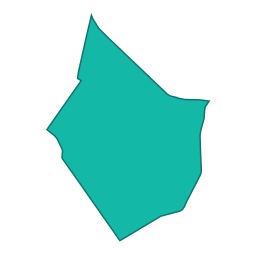 outline of Dayr Az Zawr
{"feature_id": "SYR-142", "entity_name": "Dayr Az Zawr", "entity_type": "Province", "adm_level": 1, "iso_a3": "SYR", "parent_name": "Syria", "parent_adm1": "", "projection": "robinson", "projection_center": [40.418, 35.268], "detail": "fine", "context": "isolated", "style": "filled", "palette": "teal", "viewbox_px": 256, "rotation_deg": 0, "n_neighbors": 0, "source": "natural_earth", "source_scale": "10m", "svg_char_len": 727}
<svg xmlns="http://www.w3.org/2000/svg" viewBox="0 0 256 256"><path d="M209.1,101.1L205.4,106.6L204.7,109.4L204.0,118.6L200.8,130.2L200.0,135.9L200.1,138.1L200.6,153.6L201.3,170.1L201.1,172.6L200.4,174.9L187.0,200.8L184.2,207.0L182.4,209.5L180.1,211.0L160.7,216.2L149.2,223.1L140.5,228.3L131.7,233.6L123.0,238.8L119.9,240.6L75.6,177.3L62.7,159.1L62.4,158.5L62.0,157.6L62.0,156.6L62.5,151.2L62.5,150.3L62.2,149.5L57.3,139.0L54.8,135.9L46.9,129.6L80.4,81.8L81.1,80.5L80.4,80.2L78.1,78.8L77.6,78.5L77.6,77.6L78.5,71.8L86.2,37.6L91.4,15.4L93.0,19.1L98.8,28.5L108.6,38.2L167.2,94.1L169.7,95.6L171.2,96.2L176.0,97.3L178.8,98.3L184.8,99.5L200.3,99.9L209.0,101.1L209.1,101.1Z" fill="#14b8a6" stroke="#0f766e" stroke-width="1.5"/></svg>